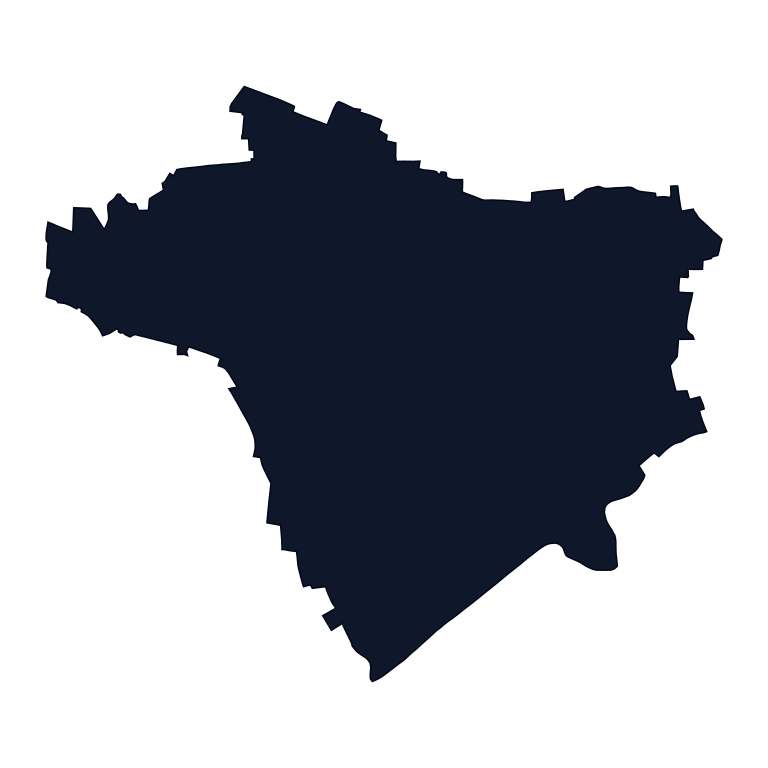 the district of My Hao, Hưng Yên, Vietnam
{"feature_id": "81297802B81471151736005", "entity_name": "My Hao", "entity_type": "district", "adm_level": 2, "iso_a3": "VNM", "parent_name": "Vietnam", "parent_adm1": "Hưng Yên", "projection": "albers", "projection_center": [106.098, 20.926], "detail": "fine", "context": "isolated", "style": "filled", "palette": "ink", "viewbox_px": 768, "rotation_deg": 0, "n_neighbors": 0, "source": "geoboundaries", "source_scale": "gbopen_adm2", "svg_char_len": 6087}
<svg xmlns="http://www.w3.org/2000/svg" viewBox="0 0 768 768"><path d="M617.4,566.0L616.1,554.0L615.9,549.1L615.8,541.0L615.4,537.9L614.7,535.1L613.4,533.0L611.4,529.3L609.0,525.9L606.8,521.6L605.8,518.9L604.4,512.9L604.6,509.4L605.0,507.5L606.2,505.2L608.3,503.2L611.6,501.2L621.6,498.2L629.2,495.4L632.1,493.4L634.9,491.2L637.0,489.0L639.4,485.7L641.5,482.1L643.7,478.5L644.8,475.2L643.0,472.2L640.2,467.7L638.7,465.6L640.9,464.0L645.4,460.0L649.3,456.6L654.1,452.8L658.9,456.6L661.6,453.9L665.1,450.6L668.9,447.4L672.0,445.2L674.8,443.6L678.2,442.5L681.3,441.7L683.6,440.5L686.4,438.4L690.7,436.2L694.8,434.6L699.0,433.4L703.7,432.6L706.7,431.6L702.9,422.0L701.0,416.6L699.4,410.5L704.2,408.9L703.1,404.7L699.8,396.8L689.7,399.4L689.1,398.3L688.2,394.8L686.9,390.8L683.0,391.0L676.0,391.4L675.0,387.5L673.6,382.0L672.1,376.2L670.1,365.5L677.2,356.5L678.5,339.3L684.6,339.3L694.0,339.2L692.5,335.3L690.1,334.0L689.1,332.7L687.2,330.5L686.4,328.2L686.5,325.1L686.9,320.8L687.7,315.2L689.3,307.9L691.4,299.3L692.6,292.9L688.9,292.8L678.9,292.3L678.7,287.6L679.3,279.7L679.8,276.9L687.7,277.5L688.4,276.3L688.2,272.9L688.3,269.2L692.6,269.4L696.8,269.4L701.5,269.3L702.5,269.2L702.7,265.5L702.9,260.3L707.6,259.4L711.2,258.5L712.5,256.7L717.8,255.4L719.2,250.4L720.2,244.9L721.6,241.0L721.9,239.3L716.1,234.0L712.9,231.4L708.3,226.8L705.0,223.7L701.6,220.7L698.6,217.8L696.5,214.4L694.0,211.0L693.2,209.1L682.0,211.1L681.4,210.4L680.6,206.9L679.3,198.8L678.3,191.6L678.0,187.6L677.6,186.0L675.7,185.9L670.7,186.2L670.8,189.3L671.0,192.9L670.9,195.2L670.6,196.8L669.4,197.4L665.6,196.8L662.3,196.7L659.0,197.0L655.8,197.2L655.7,195.1L655.4,193.3L652.4,192.9L642.9,191.8L639.1,191.2L636.2,190.1L633.1,188.2L630.6,187.3L627.4,187.2L624.2,187.5L613.0,188.0L608.8,188.4L606.0,188.5L603.0,188.0L601.1,187.2L597.9,186.4L586.4,189.2L574.5,197.6L575.1,199.1L567.7,201.1L565.9,201.3L564.8,201.6L563.1,189.4L550.4,190.5L544.3,191.1L537.6,191.9L531.8,192.8L531.7,198.5L531.2,202.4L524.4,202.3L518.8,201.6L513.3,201.1L508.0,200.8L503.4,200.4L498.8,200.3L494.9,200.1L492.2,200.0L485.4,200.2L482.6,199.9L473.4,196.2L468.9,194.6L464.9,193.1L462.3,191.9L462.6,183.0L462.5,179.6L454.1,179.6L451.4,179.3L447.8,177.9L446.9,177.2L446.4,175.7L446.4,173.1L445.1,172.2L441.2,171.9L440.1,173.6L438.8,175.1L437.8,173.2L436.6,171.9L434.5,171.1L431.5,170.7L428.6,170.3L423.8,169.9L418.8,168.7L420.0,161.1L413.7,161.4L403.6,161.3L396.2,161.4L395.7,156.8L395.8,148.1L395.9,143.0L386.1,140.8L387.0,136.3L387.0,135.0L385.7,134.4L383.9,133.4L380.3,131.1L378.8,130.4L380.9,123.4L381.7,120.3L378.9,119.0L370.0,115.3L359.5,112.0L360.5,109.5L353.6,108.5L344.2,103.9L339.9,102.0L338.6,101.8L337.4,102.3L336.0,104.1L334.2,107.8L332.9,110.6L330.8,115.8L328.9,120.4L327.6,123.8L327.0,124.9L323.5,123.5L311.2,118.9L306.0,117.0L300.8,115.0L292.8,111.7L294.3,107.5L294.4,106.4L292.7,105.5L288.1,103.4L284.6,101.9L281.0,100.3L244.2,86.5L231.6,103.6L230.2,106.7L230.0,111.2L242.3,112.7L242.3,114.6L244.3,114.6L242.5,134.5L241.8,135.8L241.8,138.7L248.6,138.7L249.2,150.0L254.0,150.2L254.1,158.7L251.4,158.9L251.3,160.4L251.2,161.7L243.9,162.5L239.1,163.2L234.1,163.6L230.2,163.9L221.9,164.4L218.0,164.9L208.1,165.6L201.7,166.5L186.2,168.1L179.8,169.0L176.8,169.6L173.6,175.7L169.9,173.3L165.1,181.3L162.2,183.4L163.5,190.1L160.7,191.9L156.0,194.6L149.6,198.7L149.1,201.5L148.9,205.6L148.5,208.8L148.1,210.3L138.4,210.5L137.9,208.9L136.8,206.3L135.5,203.7L134.0,204.0L132.7,204.0L130.7,203.8L128.1,203.0L126.6,201.8L125.9,201.0L125.1,199.8L123.3,197.8L121.9,197.0L121.1,195.8L120.9,195.2L120.5,194.5L120.0,194.3L117.8,194.1L117.0,194.5L114.7,198.1L112.8,199.9L109.8,202.1L108.7,203.3L108.0,204.8L107.8,206.3L107.9,209.8L108.2,212.7L108.5,214.8L108.6,217.8L108.5,219.3L108.2,220.6L107.2,223.3L104.9,228.2L104.3,229.2L102.9,227.5L90.7,208.4L73.7,207.7L72.8,232.2L55.8,225.4L54.4,224.7L48.0,222.1L46.5,231.5L46.2,234.1L46.1,236.5L46.1,238.8L46.3,240.5L46.9,241.6L48.1,242.6L47.7,246.5L47.5,251.6L47.2,255.8L46.8,265.5L47.0,267.9L49.1,268.4L51.2,269.3L51.0,272.4L49.6,276.7L48.7,278.7L48.3,280.4L47.8,283.9L47.2,288.8L46.4,294.0L46.2,296.5L48.3,297.6L50.9,298.3L56.1,300.0L58.1,302.7L60.2,302.8L65.0,303.5L70.0,305.4L76.7,308.9L78.8,307.2L81.6,309.0L81.2,311.7L85.3,313.9L88.3,315.9L90.8,318.5L97.2,326.4L99.3,329.4L100.4,331.2L102.6,335.8L108.5,333.8L111.7,332.1L116.1,329.2L116.5,328.6L118.2,330.0L118.6,332.0L120.8,333.1L122.5,332.5L125.9,335.0L130.0,336.9L134.7,334.5L146.2,337.3L177.8,345.4L177.5,348.5L177.4,352.1L177.6,354.5L184.4,354.4L187.6,355.6L186.5,351.5L188.6,346.8L194.2,348.6L199.9,350.7L206.9,353.0L212.4,355.2L217.2,357.0L220.5,358.5L219.3,361.6L218.2,365.7L223.0,367.3L225.5,368.9L228.7,373.0L236.5,385.9L237.1,387.2L228.8,388.7L232.4,394.4L238.5,405.1L243.2,413.6L248.5,423.1L250.2,426.5L251.0,428.7L253.3,434.3L254.2,437.1L254.8,440.2L255.1,442.9L255.2,447.1L255.0,449.6L253.5,456.5L256.6,456.9L260.5,457.6L262.0,464.5L264.4,470.2L271.0,483.4L269.0,501.2L266.9,522.8L280.6,525.3L281.8,540.4L282.0,547.5L281.9,549.5L283.7,549.5L290.5,550.8L294.9,551.3L296.5,551.4L297.2,557.2L297.8,563.6L298.5,568.1L301.7,580.6L303.5,586.7L310.4,584.9L312.3,588.3L325.5,586.7L327.8,593.2L331.2,601.0L333.0,604.3L334.7,606.2L335.5,608.4L322.7,615.7L331.4,630.3L342.1,623.5L342.7,624.9L351.8,643.6L351.9,645.3L353.2,647.4L356.7,651.6L361.4,655.0L365.9,657.9L368.0,660.0L370.1,662.9L370.8,667.5L370.2,674.6L370.4,678.8L372.3,681.5L375.1,680.4L378.6,678.6L382.5,676.3L389.7,670.8L399.1,663.6L403.4,660.5L407.4,656.9L411.5,653.1L417.3,648.2L422.2,643.6L430.4,636.3L433.4,633.5L436.7,630.5L440.3,627.8L443.5,625.0L448.1,621.4L452.4,618.4L458.4,613.8L463.6,609.6L471.3,603.7L478.9,597.6L484.4,593.1L493.1,586.2L500.8,579.9L507.5,574.3L520.8,563.8L527.0,558.5L532.4,554.4L536.7,551.0L540.6,548.1L544.1,545.9L546.9,544.4L550.3,543.5L552.6,543.2L555.2,543.1L557.6,543.6L560.1,544.9L562.3,546.9L563.7,549.2L564.3,551.6L565.1,553.7L566.3,555.7L568.4,557.1L577.4,561.1L580.3,562.5L586.1,566.2L589.6,567.9L593.2,569.4L596.3,570.1L603.5,570.2L611.0,570.1L613.9,569.1L615.6,567.8L617.4,566.0Z" fill="#0f172a" stroke="#020617" stroke-width="1.5"/></svg>